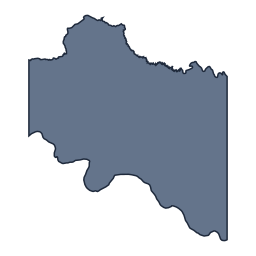 Mirití-paraná (Campoamor), Amazonas, Colombia
{"feature_id": "7082276B32823628766031", "entity_name": "Mirití-paraná (Campoamor)", "entity_type": "district", "adm_level": 2, "iso_a3": "COL", "parent_name": "Colombia", "parent_adm1": "Amazonas", "projection": "robinson", "projection_center": [-71.095, -0.731], "detail": "fine", "context": "isolated", "style": "filled", "palette": "slate", "viewbox_px": 256, "rotation_deg": 0, "n_neighbors": 0, "source": "geoboundaries", "source_scale": "gbopen_adm2", "svg_char_len": 5580}
<svg xmlns="http://www.w3.org/2000/svg" viewBox="0 0 256 256"><path d="M227.1,239.7L227.1,76.5L225.1,74.3L224.1,72.2L223.4,71.9L222.8,72.2L222.6,72.9L222.7,74.4L222.5,74.7L222.2,74.7L221.3,73.5L220.4,73.0L219.4,72.9L218.6,73.4L218.1,74.1L217.5,77.0L217.0,77.4L216.1,77.3L215.4,76.9L214.7,76.2L214.4,75.0L213.6,73.9L212.6,70.3L212.0,69.6L211.4,69.4L210.0,67.0L209.4,66.5L208.2,66.7L206.1,68.6L205.5,69.3L204.8,71.0L203.8,71.4L203.1,71.3L202.5,70.7L201.6,68.2L200.3,66.8L199.5,66.4L198.2,65.0L196.8,63.3L196.1,61.8L195.4,61.6L195.1,61.5L193.7,62.4L192.3,62.5L191.4,63.0L190.7,63.5L189.6,65.4L189.6,66.0L189.8,66.2L191.8,66.1L192.3,66.4L192.6,67.1L192.0,68.2L189.1,69.6L186.2,70.5L185.9,71.0L185.9,72.6L185.7,73.1L185.4,73.3L184.2,73.5L183.5,73.4L182.9,72.6L182.6,70.3L181.7,69.5L181.2,68.3L180.5,68.3L180.5,68.8L179.8,68.9L179.3,69.4L179.5,69.6L180.0,69.5L180.2,69.8L180.0,70.7L179.5,71.1L178.3,70.2L177.7,71.2L176.9,71.7L176.6,71.4L176.5,70.2L176.1,69.8L175.7,70.1L175.7,70.4L175.2,70.6L175.1,70.3L174.6,70.3L174.5,70.9L174.3,70.7L174.0,70.9L173.9,70.4L173.4,70.6L173.0,69.6L172.4,70.0L172.2,69.2L171.8,69.2L172.2,68.7L172.0,68.4L172.3,68.2L172.2,67.4L172.5,66.6L172.2,66.5L171.6,67.5L170.7,67.5L169.6,68.4L169.2,67.3L168.7,67.9L168.0,66.5L167.8,67.1L167.5,66.7L167.2,66.6L167.4,66.4L167.4,66.2L166.9,66.2L166.8,65.9L166.5,66.3L166.2,65.9L165.9,65.9L166.1,65.6L165.3,65.4L165.1,65.2L164.9,64.9L165.2,64.0L164.3,63.1L163.8,63.6L163.4,63.5L163.5,64.0L163.2,63.7L163.2,64.1L162.7,64.1L162.6,63.9L162.5,64.2L161.9,63.6L161.9,63.3L161.7,63.5L161.7,63.3L161.4,63.2L161.3,63.5L161.1,63.2L161.4,63.0L161.1,62.8L160.9,62.9L160.7,62.4L160.3,62.7L159.7,62.1L159.3,62.5L159.0,62.3L158.4,62.5L158.5,62.7L158.1,62.7L158.3,63.1L157.3,63.5L157.4,63.8L157.1,64.1L156.7,64.0L156.4,64.5L156.3,64.2L156.1,64.2L155.7,64.3L155.6,64.5L155.5,64.0L155.3,64.4L154.6,64.5L154.5,64.2L153.5,63.9L153.2,64.0L153.2,63.6L153.0,63.8L152.8,63.4L152.3,63.8L152.0,63.5L151.9,63.9L150.7,63.4L150.7,63.9L150.5,64.1L150.4,63.3L149.9,63.2L149.7,63.4L149.8,63.6L149.4,63.8L149.1,63.2L148.7,63.1L148.7,62.8L148.6,63.0L148.0,62.9L148.0,62.2L147.7,62.4L147.8,62.1L147.3,61.9L147.3,61.3L147.0,61.3L147.1,61.1L146.8,60.9L146.5,60.9L146.5,60.3L146.7,60.2L146.7,59.6L146.5,59.2L146.3,59.3L146.1,58.5L145.8,58.3L145.8,57.9L145.6,58.0L145.5,57.7L144.6,57.8L144.0,57.3L143.4,57.6L143.4,57.1L143.1,57.4L143.1,57.1L142.3,56.9L141.7,57.2L141.1,56.9L140.5,57.0L140.2,56.7L139.7,57.3L139.4,57.0L139.1,57.1L139.1,56.7L138.9,56.8L138.7,56.5L138.4,56.4L137.5,56.0L137.5,55.6L137.3,55.8L136.9,55.7L135.3,54.2L134.4,54.0L134.0,52.9L134.1,52.2L134.0,51.8L133.7,51.9L133.5,51.6L133.6,51.2L132.9,50.5L132.7,50.5L131.6,50.6L131.5,50.1L131.0,50.1L130.5,49.1L129.8,48.6L129.5,47.3L129.0,46.9L129.0,46.5L128.3,46.3L128.4,45.7L128.0,44.8L127.2,44.3L127.2,44.1L126.9,44.3L126.7,43.9L126.2,43.7L126.2,42.8L126.6,41.5L126.3,41.4L126.2,40.4L125.9,40.3L126.0,39.2L125.6,38.5L124.9,38.3L124.9,38.0L125.1,37.4L124.3,36.5L124.1,36.0L124.3,35.7L123.7,35.1L123.7,34.2L124.0,33.2L123.6,32.5L123.7,31.9L123.3,31.4L123.6,31.0L123.5,30.1L124.4,30.1L125.3,29.3L125.2,28.2L124.5,27.6L124.6,26.2L124.4,25.5L123.9,25.1L123.3,25.3L122.3,24.8L121.3,23.8L118.7,25.5L117.3,25.5L116.5,25.9L115.7,26.6L113.8,25.7L112.9,26.3L112.1,26.2L110.9,25.4L108.7,25.0L107.9,23.6L106.3,22.6L105.3,22.8L104.5,21.6L102.8,21.2L102.3,20.5L102.1,19.3L102.2,18.5L102.8,17.7L101.3,18.2L101.0,20.1L100.6,20.5L99.0,19.8L98.4,20.3L97.8,20.5L96.4,19.9L94.4,18.5L92.5,17.8L87.9,15.4L86.0,15.5L84.3,16.3L83.6,17.3L84.1,18.8L83.7,19.4L77.8,23.8L75.0,24.4L71.8,27.6L69.8,28.2L67.6,28.3L67.4,28.7L67.4,29.7L67.9,31.7L67.9,33.2L67.6,33.9L66.1,35.0L65.8,35.5L65.6,36.5L64.7,36.8L64.4,37.2L64.1,38.8L64.2,39.3L63.7,40.1L63.2,41.8L63.4,43.6L63.9,44.0L65.0,46.0L65.3,47.6L66.1,49.1L66.0,50.1L66.4,50.9L66.5,53.7L65.4,53.9L65.0,53.8L64.4,53.2L64.2,53.3L64.0,53.5L64.2,54.3L63.0,54.9L63.0,55.6L62.4,56.4L58.7,56.9L58.3,57.4L58.4,58.1L57.1,58.5L56.2,59.1L55.8,59.1L55.0,58.4L53.7,58.0L53.3,58.1L53.0,59.0L52.1,59.7L50.7,60.0L50.3,59.8L50.0,60.0L49.2,59.5L48.8,60.0L48.5,60.1L47.2,59.4L45.6,59.5L45.1,59.0L41.6,59.6L40.3,59.6L39.8,58.8L37.9,58.3L34.6,58.7L33.5,59.1L32.5,58.9L31.7,59.2L31.0,59.6L30.9,60.2L30.6,60.5L28.9,60.0L28.9,135.9L31.5,133.7L35.5,131.8L37.3,131.4L39.6,131.7L40.7,132.3L41.9,133.7L43.0,137.3L44.1,138.7L46.4,139.9L48.7,141.9L53.0,143.8L54.3,144.9L55.1,146.7L55.5,148.5L55.4,149.4L54.3,152.9L54.3,155.9L54.6,156.6L55.6,157.4L56.1,157.4L56.7,156.8L57.4,157.0L57.6,157.6L57.9,159.9L58.7,161.4L62.3,163.4L63.3,163.5L66.5,162.9L68.0,162.9L69.9,162.2L72.0,162.2L73.4,161.8L75.4,160.4L80.1,159.9L83.7,159.0L86.9,159.3L89.4,160.6L89.7,161.5L89.3,162.6L89.2,166.3L88.5,167.9L86.9,170.6L85.6,174.4L84.1,177.4L83.8,180.0L84.9,184.5L86.3,187.2L87.4,188.5L89.7,190.3L92.4,191.3L93.4,191.4L95.5,190.8L97.4,191.5L98.6,191.0L100.5,189.6L105.9,186.8L108.8,184.7L109.3,183.2L113.3,178.3L114.3,175.9L115.0,175.2L120.6,174.4L128.6,174.3L132.0,174.8L136.3,175.8L137.6,176.5L138.9,177.7L141.2,179.2L143.5,181.8L144.9,182.7L148.3,183.9L149.7,185.0L150.5,186.9L151.3,190.6L154.6,194.6L155.7,196.3L156.7,198.9L158.8,201.7L160.2,204.6L161.2,205.7L163.7,207.4L165.7,208.1L168.5,207.7L171.2,206.5L171.7,205.8L173.3,205.9L176.4,207.0L178.7,208.4L181.3,210.6L182.2,211.7L184.0,215.2L185.6,220.6L187.2,222.8L189.5,227.4L190.2,228.3L193.9,230.3L196.8,232.7L198.1,233.1L200.1,234.7L204.1,236.0L208.0,235.4L208.6,235.1L210.5,232.5L213.8,231.0L214.9,231.0L216.9,232.0L218.3,233.3L218.9,234.3L220.6,239.0L221.7,240.1L222.9,240.5L224.7,240.6L225.9,240.3L227.1,239.7Z" fill="#64748b" stroke="#1e293b" stroke-width="1.5"/></svg>